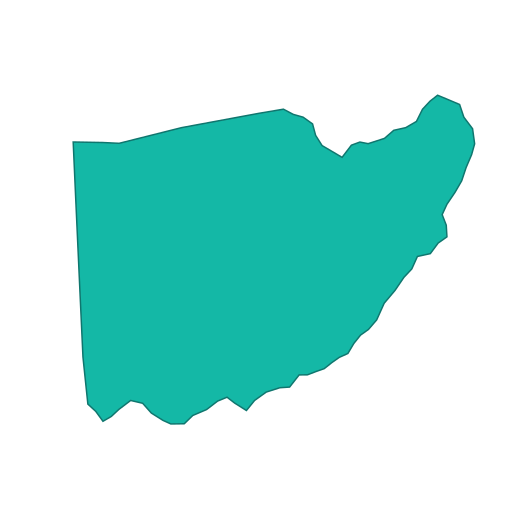 the district of Atalanta, Santa Catarina, Brazil, rotated 189°
{"feature_id": "56859067B17300048958719", "entity_name": "Atalanta", "entity_type": "district", "adm_level": 2, "iso_a3": "BRA", "parent_name": "Brazil", "parent_adm1": "Santa Catarina", "projection": "equal_earth", "projection_center": [-49.763, -27.436], "detail": "fine", "context": "isolated", "style": "filled", "palette": "teal", "viewbox_px": 512, "rotation_deg": 189, "n_neighbors": 0, "source": "geoboundaries", "source_scale": "gbopen_adm2", "svg_char_len": 1078}
<svg xmlns="http://www.w3.org/2000/svg" viewBox="0 0 512 512"><g transform="rotate(189 256 256)"><path d="M208.0,375.4L216.0,384.5L220.8,395.3L231.2,400.5L241.3,401.7L251.9,405.3L275.1,397.5L349.7,371.1L408.8,345.9L425.2,344.1L454.4,340.0L443.2,285.2L426.4,203.4L411.1,129.1L398.9,83.4L390.0,77.5L381.3,68.8L373.8,74.9L367.3,83.2L357.2,93.7L344.9,92.8L334.8,84.5L322.2,79.1L313.8,76.8L300.6,79.1L293.5,88.6L280.8,96.6L271.2,106.7L262.5,112.0L254.1,107.4L241.3,101.9L234.8,113.1L224.6,123.2L211.9,129.6L202.3,131.8L194.8,145.3L186.6,146.7L178.6,151.3L171.0,155.4L164.5,162.5L157.9,168.9L150.0,174.1L145.7,184.9L140.4,194.2L133.4,201.1L126.8,211.8L122.0,229.4L113.3,243.8L106.6,258.0L100.1,267.6L96.5,280.8L84.2,285.6L78.1,297.3L70.4,304.8L72.9,316.2L78.6,326.0L75.5,337.0L69.4,350.0L64.6,362.4L62.3,376.3L58.9,389.8L57.6,401.0L62.0,415.6L72.4,425.6L78.6,437.5L92.3,440.9L101.8,443.2L108.3,436.2L114.5,427.0L118.6,414.0L128.2,406.2L139.6,401.7L147.5,392.3L162.8,384.5L171.2,384.8L179.1,380.4L186.4,366.9L208.0,375.4Z" fill="#14b8a6" stroke="#0f766e" stroke-width="1.5"/></g></svg>